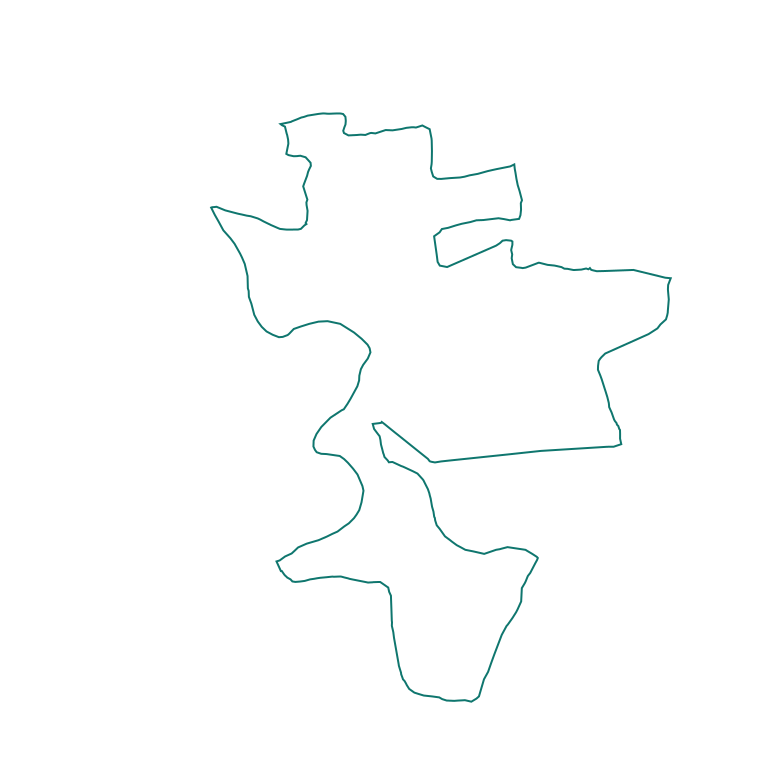 Al-Mahmudiyya, Al Buhayrah, Egypt, rotated 209°
{"feature_id": "37247803B49167572517761", "entity_name": "Al-Mahmudiyya", "entity_type": "district", "adm_level": 2, "iso_a3": "EGY", "parent_name": "Egypt", "parent_adm1": "Al Buhayrah", "projection": "mercator", "projection_center": [30.503, 31.197], "detail": "fine", "context": "isolated", "style": "outline", "palette": "teal", "viewbox_px": 768, "rotation_deg": 209, "n_neighbors": 0, "source": "geoboundaries", "source_scale": "gbopen_adm2", "svg_char_len": 6154}
<svg xmlns="http://www.w3.org/2000/svg" viewBox="0 0 768 768"><g transform="rotate(209 384 384)"><path d="M184.5,615.5L189.6,613.3L195.5,611.7L221.1,604.7L245.6,589.9L252.6,585.8L256.1,584.8L258.1,584.3L260.1,585.2L260.5,584.1L260.9,583.4L263.2,583.0L266.8,579.8L269.6,578.0L272.6,576.1L273.7,575.5L279.3,573.7L282.2,572.3L285.4,572.3L290.5,570.8L292.4,570.2L298.7,567.5L304.8,565.9L306.7,565.4L307.6,565.0L310.8,561.2L316.5,554.5L318.9,552.6L320.4,552.1L325.1,550.2L327.1,550.7L329.4,551.3L333.3,555.9L334.7,559.5L337.7,562.8L338.2,564.4L339.2,568.0L340.8,570.9L342.3,571.0L346.3,569.3L347.0,569.0L349.8,566.8L350.7,564.0L351.0,563.2L353.0,559.4L358.2,552.6L385.5,516.9L392.6,514.6L396.3,516.8L400.7,522.8L411.8,537.5L408.9,543.6L408.5,547.6L403.6,551.7L398.0,557.6L393.7,561.8L387.0,567.5L382.5,572.0L376.7,575.5L370.3,580.1L364.2,584.5L359.0,586.4L353.1,588.3L352.2,589.2L345.9,593.9L346.5,597.8L348.6,602.8L350.2,605.5L352.0,608.5L352.4,611.6L359.0,618.5L363.5,622.8L365.2,624.8L367.6,627.6L371.5,632.6L373.9,635.5L376.5,639.2L377.2,638.2L379.1,635.5L381.1,633.8L387.0,628.8L389.5,626.7L392.8,623.8L396.6,620.4L403.8,613.3L408.2,609.7L410.2,608.1L414.1,604.3L417.6,601.5L426.2,596.0L433.4,591.1L437.0,589.2L439.6,589.3L441.6,589.4L445.1,592.7L447.5,595.3L448.9,599.2L450.0,601.6L454.9,610.8L460.2,619.9L461.5,621.8L467.6,629.0L471.7,628.8L475.8,628.7L478.4,625.9L480.4,623.8L482.4,623.0L484.2,622.0L488.6,618.9L492.2,615.6L499.5,610.0L505.7,606.9L513.0,599.0L515.2,598.1L516.7,597.5L517.8,596.7L519.4,594.8L521.0,592.8L525.2,590.8L528.8,588.4L535.6,584.2L540.7,584.1L542.4,585.7L543.1,589.2L543.5,592.3L544.8,595.2L545.3,596.1L547.3,599.0L548.6,599.5L550.6,600.3L552.3,599.8L553.6,599.3L556.3,597.8L558.2,596.7L560.8,595.1L563.1,593.7L565.1,592.7L566.1,592.3L568.5,591.1L570.8,589.5L572.2,588.5L578.7,583.4L580.9,581.7L582.3,580.1L583.7,578.6L585.5,577.0L588.4,573.3L590.4,570.9L592.1,568.8L592.5,568.1L596.5,564.6L600.5,561.2L598.8,560.9L595.4,561.1L590.5,555.8L589.4,554.8L586.4,551.3L584.5,548.4L584.1,547.7L581.0,537.9L578.5,537.9L573.5,539.4L570.6,541.1L569.4,542.0L567.8,543.1L566.4,543.4L562.5,544.3L555.5,541.9L553.7,539.3L553.5,535.2L553.2,532.6L552.2,528.8L551.0,520.6L550.5,517.7L546.0,513.4L540.4,508.1L539.9,505.2L538.5,503.0L534.8,498.4L530.8,490.0L530.6,486.8L529.4,486.3L529.9,485.3L530.5,484.2L531.9,479.4L534.1,477.4L543.9,471.9L545.7,471.1L550.2,469.2L552.9,468.9L557.2,468.5L560.2,468.2L561.3,468.2L562.5,468.1L568.3,467.8L571.7,467.8L574.7,467.6L581.9,466.1L585.7,464.7L590.9,463.2L592.8,462.6L594.5,462.1L607.0,458.9L616.4,457.8L618.3,456.4L620.0,455.3L620.7,454.5L614.0,449.9L607.3,445.8L599.0,440.5L589.0,437.0L582.7,434.2L573.1,428.3L569.4,425.7L564.0,421.5L555.7,412.3L549.4,401.6L547.5,399.8L544.4,394.7L538.9,389.9L531.0,381.6L524.7,377.5L518.6,374.7L512.2,373.0L505.2,373.1L498.6,374.0L495.4,376.1L492.0,380.1L491.3,381.9L489.6,388.4L484.4,394.2L478.5,400.4L471.5,406.8L463.8,411.6L451.4,415.4L435.2,414.5L425.5,412.7L417.4,410.4L413.9,408.3L411.2,405.1L410.5,398.4L411.5,390.7L411.4,385.7L409.6,379.3L407.5,375.1L406.2,369.1L406.1,355.1L406.3,348.9L406.9,342.4L408.3,340.5L414.5,328.6L418.0,316.0L418.8,307.5L418.1,300.4L415.4,295.1L412.4,292.9L409.8,291.7L405.1,292.5L400.2,294.9L392.0,298.0L387.8,299.6L382.5,299.0L377.3,297.6L370.1,295.0L363.3,292.0L353.4,284.3L350.2,280.7L346.3,269.6L344.5,261.7L344.7,256.5L345.2,252.1L347.2,245.1L349.7,240.2L353.1,232.4L356.5,227.9L360.1,222.7L365.6,215.6L374.2,206.9L379.9,199.4L381.3,194.9L382.6,191.0L386.9,185.2L389.7,179.1L392.0,176.7L383.5,170.4L382.8,170.9L378.7,168.9L377.5,168.5L375.7,168.1L374.9,167.8L371.0,167.8L368.4,166.9L365.6,167.9L361.7,170.5L357.8,173.4L353.9,177.3L350.6,179.8L348.3,181.7L345.8,183.6L340.8,187.0L335.8,190.5L334.4,191.1L331.3,193.0L328.8,194.5L327.7,194.9L324.8,195.6L321.2,196.6L319.6,196.9L316.4,197.9L310.8,199.7L304.9,201.6L301.7,202.6L299.5,204.0L298.2,204.8L297.1,205.6L293.6,207.7L291.3,209.0L290.4,208.9L281.6,208.0L278.7,204.7L275.3,202.2L267.0,188.4L262.4,180.7L261.5,179.5L259.9,176.3L257.0,173.1L255.5,171.4L255.0,170.7L252.3,167.0L235.3,146.0L234.4,144.8L231.2,141.7L229.1,139.7L228.3,138.5L225.5,136.1L224.2,134.9L222.0,134.2L220.0,133.0L219.1,132.4L218.1,131.7L214.1,129.5L208.8,128.9L207.8,128.8L203.8,129.6L198.2,130.8L190.4,134.1L183.7,136.7L180.4,136.6L176.9,137.3L175.8,137.5L169.0,140.9L166.1,142.8L159.9,146.7L153.6,148.5L150.6,153.7L149.5,156.8L153.4,174.2L153.4,182.7L155.0,192.0L156.5,201.5L159.4,221.7L159.5,231.8L159.1,233.5L158.2,241.5L157.8,248.4L157.9,251.8L158.6,260.3L164.5,272.3L164.3,278.1L164.4,280.1L165.1,285.7L164.9,287.2L164.5,289.5L164.8,300.6L164.8,304.2L165.1,306.4L166.5,306.9L167.7,307.0L172.2,307.3L178.9,307.5L179.7,307.6L181.4,307.0L191.0,303.4L196.9,301.2L201.2,297.1L202.6,295.7L205.5,293.4L214.0,284.0L225.0,280.8L232.5,278.4L237.8,278.4L242.2,278.3L248.5,279.1L250.1,279.4L256.8,280.3L265.1,284.3L269.4,286.0L273.1,289.5L274.6,291.5L275.7,292.2L278.9,296.4L281.1,298.6L282.5,300.0L287.7,306.5L289.7,308.5L291.4,310.4L294.6,313.3L300.8,317.5L302.8,318.9L304.2,319.5L305.7,320.0L311.3,321.9L316.4,321.7L325.0,321.1L327.5,320.9L329.1,320.6L332.0,320.4L338.8,319.9L341.8,317.9L343.6,318.9L348.2,320.4L350.0,322.2L351.1,323.1L354.4,326.6L357.3,329.6L359.9,333.2L362.5,336.2L364.4,337.0L366.9,338.1L370.9,339.9L374.5,343.6L372.3,345.2L369.4,347.3L367.7,348.6L367.6,349.7L364.1,349.2L360.2,348.5L356.2,347.8L350.5,346.8L347.4,346.3L338.7,344.8L334.6,344.1L320.0,341.6L312.3,340.3L309.3,339.8L306.6,338.6L305.0,338.9L301.4,340.1L297.6,343.1L296.6,343.9L287.5,350.3L269.9,362.6L241.0,382.8L214.4,401.5L158.5,437.2L156.3,438.5L152.8,440.4L147.3,446.4L151.0,450.6L153.3,454.8L155.3,458.2L156.4,458.7L158.8,460.9L160.6,461.4L161.6,462.5L164.2,463.6L165.1,464.2L165.8,464.7L167.7,466.4L171.2,469.5L173.1,470.9L175.9,473.0L177.0,474.7L178.2,476.4L182.3,480.8L184.9,483.3L187.2,485.5L188.5,486.7L195.8,493.6L198.8,496.2L200.8,497.8L203.8,500.2L205.6,503.7L207.4,508.3L207.2,510.8L206.8,512.9L205.3,517.9L176.8,555.9L171.8,565.2L171.1,570.1L168.7,577.2L169.6,581.3L170.4,583.9L171.5,586.2L175.9,596.0L180.5,602.8L181.6,604.5L183.5,608.4L184.5,615.5Z" fill="none" stroke="#0f766e" stroke-width="2"/></g></svg>